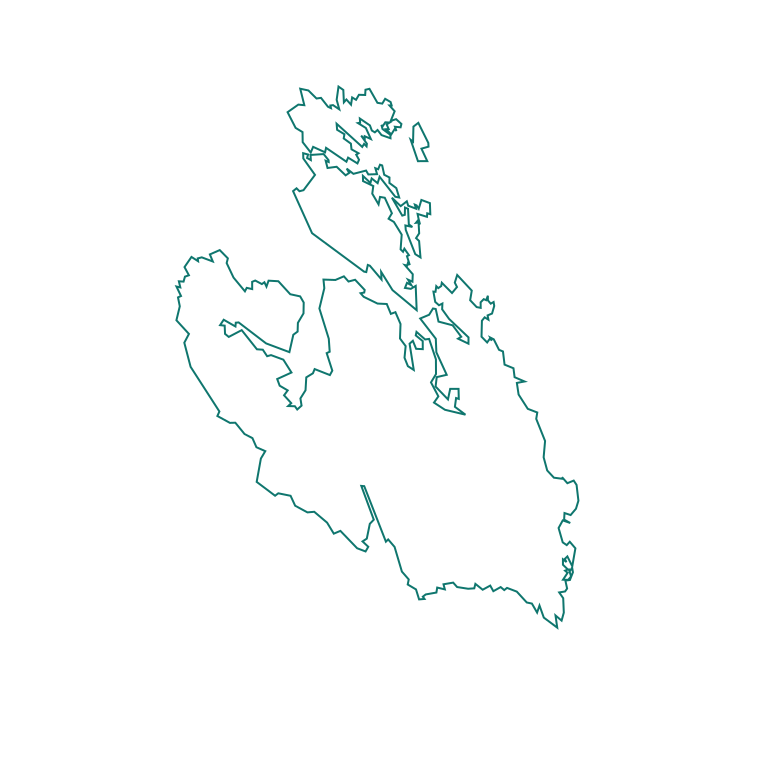 the district of Farsund nor, Vest-Agder, Norway, rotated 240°
{"feature_id": "86288312B34679713059782", "entity_name": "Farsund nor", "entity_type": "district", "adm_level": 2, "iso_a3": "NOR", "parent_name": "Norway", "parent_adm1": "Vest-Agder", "projection": "robinson", "projection_center": [6.828, 58.134], "detail": "fine", "context": "isolated", "style": "outline", "palette": "teal", "viewbox_px": 768, "rotation_deg": 240, "n_neighbors": 0, "source": "geoboundaries", "source_scale": "gbopen_adm2", "svg_char_len": 6166}
<svg xmlns="http://www.w3.org/2000/svg" viewBox="0 0 768 768"><g transform="rotate(240 384 384)"><path d="M362.9,224.8L341.7,233.8L342.2,237.8L333.9,247.2L323.0,246.2L311.1,253.5L308.2,259.7L292.4,265.4L279.5,265.7L278.6,272.8L255.2,278.6L248.2,284.3L250.9,289.0L258.4,286.7L258.7,291.8L270.0,301.8L271.6,307.3L307.1,313.4L305.4,315.8L246.5,306.8L247.3,309.9L237.6,311.7L212.6,305.7L202.4,307.7L198.5,304.3L190.1,309.0L179.9,306.7L177.6,311.6L180.4,311.3L180.9,314.9L177.2,325.1L181.1,328.3L175.7,334.0L180.8,335.4L177.4,344.6L171.6,345.8L164.6,354.5L161.9,360.0L165.2,363.2L156.5,366.6L156.3,375.2L149.9,375.1L149.8,383.5L145.4,385.1L145.9,388.6L137.8,395.2L123.4,398.4L119.9,402.3L109.5,402.3L114.4,407.9L101.8,405.6L86.4,412.2L97.8,416.8L90.3,419.5L96.1,425.4L108.9,432.1L115.9,431.5L113.8,437.1L115.3,440.3L123.1,442.8L121.3,447.0L126.5,453.5L130.9,455.1L128.8,451.1L131.9,451.6L123.8,449.8L122.3,445.6L125.0,441.2L128.7,448.6L131.8,447.5L131.4,450.5L138.0,448.6L142.7,451.3L138.6,453.0L142.1,453.1L143.0,456.6L132.0,455.9L146.0,467.6L154.5,466.0L153.1,461.7L157.5,459.6L172.0,463.2L176.5,470.6L170.5,475.8L176.5,472.2L182.0,475.8L177.2,480.1L180.0,487.9L185.7,494.0L200.3,500.3L205.5,500.0L206.4,493.2L214.3,491.6L212.5,491.4L217.9,484.3L227.5,482.1L240.7,485.6L254.1,495.0L277.7,498.4L282.7,502.5L290.6,496.1L307.6,495.3L318.5,499.6L315.9,507.0L324.6,500.5L332.9,504.0L340.5,498.1L352.7,503.3L356.1,500.7L367.8,501.4L371.2,499.2L367.6,499.0L370.5,498.7L368.4,494.1L376.2,492.1L389.8,500.4L391.4,504.5L387.5,506.6L391.6,508.0L391.0,512.8L396.5,518.5L400.2,519.9L400.2,516.6L404.5,515.8L408.5,518.1L405.5,514.4L407.6,512.8L406.4,508.5L401.6,505.8L404.3,502.7L413.5,500.5L421.0,506.7L441.8,501.9L436.4,496.0L431.5,495.7L428.8,488.4L442.8,484.7L440.2,482.5L439.9,478.9L442.6,478.2L438.1,474.7L439.3,473.0L429.5,469.4L424.7,471.0L424.5,474.8L419.6,471.7L407.8,472.9L382.1,480.5L376.7,477.3L386.2,470.8L386.3,474.5L400.5,472.8L410.8,462.4L423.1,466.3L424.9,464.2L421.4,457.7L422.6,448.1L397.3,451.5L385.3,445.2L360.6,442.9L363.6,433.1L356.0,427.4L338.7,431.7L346.7,438.9L342.5,446.1L333.7,441.3L335.8,439.4L328.8,434.0L316.7,439.2L331.2,423.9L342.9,418.0L346.1,424.9L361.9,425.5L366.6,434.0L379.4,441.3L400.5,445.6L402.0,441.9L412.9,438.2L410.2,435.8L401.8,439.0L394.8,435.0L398.4,429.4L407.0,430.6L406.1,426.3L381.3,416.8L387.5,413.6L396.5,414.9L406.0,421.7L415.4,420.6L427.7,428.3L440.5,429.8L441.3,425.0L451.9,426.4L456.9,418.6L469.7,410.0L474.3,409.1L473.1,412.6L475.1,414.3L488.7,411.1L490.5,404.5L497.3,403.1L498.4,393.9L504.7,383.8L496.8,380.2L481.7,365.8L450.8,358.8L439.1,353.1L439.4,349.8L421.4,345.9L418.8,341.6L431.6,331.4L428.8,327.8L428.6,320.0L417.8,312.9L413.3,304.4L406.5,301.8L405.3,296.1L409.3,295.7L412.8,290.0L413.8,294.1L424.2,291.8L426.6,297.4L434.7,292.8L441.7,294.0L440.2,309.6L455.4,309.0L465.5,300.6L466.5,296.7L474.3,296.2L477.6,291.3L501.8,287.7L502.4,273.1L506.9,271.4L514.2,275.2L516.9,271.5L519.8,277.3L508.1,284.1L511.2,286.3L510.0,288.9L478.1,302.2L458.9,318.0L472.0,330.1L472.6,335.4L480.0,340.0L485.4,349.6L494.7,355.2L501.8,355.2L508.6,347.7L525.8,343.9L531.2,335.7L527.1,330.9L531.9,331.3L531.6,328.2L538.0,324.2L538.4,320.9L532.1,317.3L535.9,313.2L533.8,309.9L551.4,306.9L567.4,308.2L570.9,311.6L582.1,308.7L583.3,298.0L575.7,297.0L584.8,289.5L585.9,285.5L583.3,284.4L590.3,280.8L585.0,269.7L575.7,269.4L576.5,265.3L572.9,261.6L575.5,257.7L569.5,255.9L572.2,253.0L561.7,252.2L562.0,248.9L553.4,246.0L543.0,236.1L524.9,240.1L519.6,231.7L495.6,225.1L442.5,227.7L439.6,223.7L427.4,231.1L424.8,235.9L410.4,238.2L402.9,243.0L393.0,241.9L385.2,247.6L381.0,240.1L362.9,224.8ZM596.5,401.7L550.6,397.1L491.3,422.9L489.8,424.6L495.2,429.5L493.5,430.9L475.8,434.1L482.5,437.6L461.1,438.3L431.6,449.2L453.1,460.5L453.0,454.8L456.7,450.2L460.1,454.5L455.8,457.1L462.3,457.0L458.4,459.8L464.7,463.8L476.6,461.5L475.0,463.2L477.2,465.6L475.1,465.4L475.0,466.0L483.2,467.8L483.1,470.0L491.0,469.3L489.0,466.6L492.3,465.7L504.5,474.0L519.4,473.6L524.8,470.6L527.9,476.2L544.9,477.8L548.0,474.1L542.3,469.1L554.7,469.0L560.8,473.7L570.2,467.3L574.8,469.8L564.9,472.8L568.2,476.1L561.1,478.9L565.7,483.8L540.5,487.4L537.9,490.4L547.5,492.6L555.4,489.2L560.1,492.0L565.1,488.8L574.2,491.7L575.9,490.2L572.9,486.3L575.2,484.4L569.2,482.9L573.3,475.2L577.8,475.2L581.3,462.6L589.2,459.4L584.2,459.4L583.9,455.1L595.8,451.6L599.3,443.1L606.5,445.1L603.9,447.1L605.6,447.9L613.3,446.7L619.1,434.9L614.5,432.6L618.2,430.4L620.7,433.0L624.3,429.4L619.7,426.9L599.6,428.8L592.1,411.2L593.2,407.2L597.2,406.1L596.5,401.7ZM621.1,436.3L624.8,441.2L614.1,448.8L617.5,451.9L595.3,462.6L598.0,466.1L588.3,471.3L590.7,474.5L596.5,474.6L596.6,477.3L603.5,473.2L608.7,475.5L616.8,471.9L620.1,474.6L627.6,470.5L633.1,473.1L600.2,483.7L601.9,486.8L598.5,487.7L600.6,489.3L610.5,488.4L605.8,489.8L608.2,491.2L602.7,495.1L614.8,496.3L623.0,491.9L622.3,494.0L626.0,495.8L615.0,501.1L609.6,500.2L606.5,501.9L607.2,505.4L600.8,506.3L593.6,512.5L596.6,514.1L605.6,510.2L609.7,511.3L607.7,511.4L610.0,516.0L607.6,519.6L607.5,516.1L602.4,515.5L603.6,513.2L596.5,515.1L599.5,520.8L596.9,521.3L601.3,522.1L598.0,526.7L600.5,529.1L607.3,526.9L608.5,521.4L614.9,529.6L622.5,528.0L621.4,529.9L624.9,530.7L630.4,527.6L627.7,522.7L630.8,518.9L646.9,519.0L648.1,515.1L643.7,512.2L647.0,506.9L644.1,501.9L648.1,499.7L642.4,495.1L649.2,493.7L648.0,490.1L659.0,495.8L664.3,493.3L653.8,485.1L644.2,482.6L651.0,479.3L652.0,476.8L649.4,476.0L652.1,474.1L663.3,472.5L665.0,468.3L676.0,465.3L681.6,459.1L665.3,454.4L668.8,449.5L667.6,436.4L650.0,435.5L642.9,439.4L634.1,434.5L621.1,436.3ZM480.8,476.0L475.4,478.9L490.3,485.9L494.3,484.7L496.9,489.8L506.6,494.7L504.9,494.9L505.0,495.2L507.9,496.0L506.7,494.4L507.6,492.3L509.1,496.3L514.5,498.1L507.3,504.8L510.2,506.8L507.9,509.0L517.7,514.2L524.7,508.4L518.4,501.7L522.4,501.5L523.9,500.4L519.8,499.4L526.3,494.1L530.8,495.1L529.7,487.4L541.4,484.0L520.7,484.0L520.1,486.6L526.3,490.4L523.7,492.4L509.8,485.3L505.8,487.1L510.6,481.8L506.6,479.9L480.8,476.0ZM582.2,529.2L560.0,524.8L555.4,532.9L569.1,534.1L567.3,541.2L570.6,542.9L593.0,544.3L592.2,538.2L579.3,530.3L582.2,529.2Z" fill="none" stroke="#0f766e" stroke-width="2"/></g></svg>